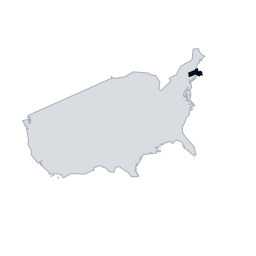 Massachusetts highlighted on a map of United States of America, rotated 336°
{"feature_id": "USA-3513", "entity_name": "Massachusetts", "entity_type": "State", "adm_level": 1, "iso_a3": "USA", "parent_name": "United States of America", "parent_adm1": "", "projection": "natural_earth1", "projection_center": [-70.926, 42.063], "detail": "fine", "context": "in_parent", "style": "filled", "palette": "ink", "viewbox_px": 256, "rotation_deg": 336, "n_neighbors": 0, "source": "natural_earth", "source_scale": "10m", "svg_char_len": 6153}
<svg xmlns="http://www.w3.org/2000/svg" viewBox="0 0 256 256"><g transform="rotate(336 128 128)"><path d="M201.2,93.0L214.2,91.8L219.7,82.4L224.5,84.1L224.6,89.9L227.4,93.7L222.4,95.1L222.2,96.2L221.4,94.8L220.1,97.1L216.3,98.7L213.6,104.5L215.7,107.0L217.2,106.7L216.8,105.6L217.3,106.1L217.4,107.4L213.2,108.2L212.4,106.8L212.0,108.6L207.1,109.1L203.4,111.4L203.8,110.1L203.5,109.2L202.4,112.3L203.5,112.9L203.0,115.6L200.5,119.0L198.0,116.9L199.6,114.7L197.8,116.2L198.4,118.6L199.5,120.0L199.6,121.5L196.4,127.1L197.4,123.6L195.1,120.3L196.8,116.8L194.3,117.8L195.0,123.0L192.8,121.4L191.9,121.6L192.7,120.0L192.7,119.5L191.9,120.7L191.8,121.8L195.3,123.8L194.5,124.8L192.9,123.0L192.4,122.6L194.3,124.8L195.1,125.2L194.6,126.5L193.5,125.5L195.2,127.5L194.8,127.8L194.0,126.8L191.8,126.3L194.4,128.2L196.2,128.1L197.7,132.9L196.3,129.2L196.7,131.6L193.5,131.1L195.8,133.5L196.9,132.8L195.4,134.9L192.4,134.2L194.2,135.3L192.6,136.4L194.5,137.2L191.0,137.7L189.1,141.1L185.8,142.1L179.5,148.4L178.7,147.7L176.2,153.5L175.9,154.9L176.8,159.3L180.8,172.5L179.1,179.4L176.8,179.8L174.7,176.1L174.3,173.0L171.2,169.4L172.3,167.8L170.8,167.9L171.6,163.3L167.9,158.8L162.0,159.8L161.1,157.2L155.4,156.9L156.1,155.9L155.1,156.9L152.4,157.4L152.5,155.4L152.0,156.8L144.1,157.2L147.4,158.2L146.1,160.1L148.6,161.9L147.3,162.9L144.5,160.5L144.3,162.4L140.4,161.6L138.3,159.2L137.0,160.4L131.3,158.5L127.9,161.1L128.8,160.4L127.0,159.7L125.9,163.0L122.3,165.1L123.2,164.4L120.9,164.1L121.6,165.2L118.9,166.6L117.6,170.2L116.5,169.6L117.4,170.6L117.4,173.9L118.4,175.9L117.6,176.6L111.3,174.0L110.2,169.2L104.1,159.6L100.6,159.0L97.0,162.8L93.1,160.3L91.6,155.9L86.6,150.7L80.3,150.6L80.1,152.6L69.9,152.6L57.4,146.5L48.7,147.3L47.9,144.0L44.6,140.8L37.4,138.3L37.7,136.0L32.9,125.4L33.2,124.3L34.3,125.6L33.9,123.3L36.7,123.1L31.4,123.4L28.6,113.5L30.5,108.3L30.0,102.4L32.2,98.6L35.0,87.8L37.6,88.0L34.8,87.5L36.2,84.6L35.2,84.6L34.7,78.5L40.9,79.6L39.0,82.8L41.6,80.5L40.8,83.2L39.1,83.8L40.2,83.9L41.6,82.8L42.6,80.1L41.8,75.9L133.5,75.9L133.7,74.3L135.2,77.0L145.3,79.9L155.8,78.9L169.5,86.4L170.0,88.3L174.6,91.5L175.7,99.2L171.9,105.3L173.4,107.4L186.2,102.5L185.8,99.6L186.9,99.1L193.9,98.9L201.2,93.0ZM208.5,110.4L210.6,110.0L203.3,111.9L209.4,109.6L208.5,110.4ZM41.7,78.5L42.2,80.2L42.1,80.5L41.2,79.2L41.7,78.5ZM118.3,175.3L117.6,172.4L117.8,170.7L117.8,172.5L118.3,175.3ZM223.0,95.3L222.9,96.2L222.6,96.0L223.0,95.3ZM138.4,160.0L138.5,160.7L137.9,160.1L138.4,160.0ZM40.0,141.0L40.9,140.6L40.9,140.8L40.0,141.0ZM39.1,140.8L38.7,141.2L38.4,140.8L39.1,140.8ZM215.1,108.3L214.5,108.9L214.4,108.7L215.1,108.3ZM118.4,169.2L117.8,170.5L119.1,168.0L118.4,169.2ZM179.6,168.1L180.4,170.7L179.5,167.9L179.6,168.1ZM44.1,143.2L44.4,143.9L44.1,143.2L44.1,143.2ZM179.4,179.8L178.7,180.6L179.9,178.9L179.4,179.8ZM198.0,134.5L197.1,135.5L197.8,133.1L198.0,134.5ZM41.1,77.1L41.0,77.6L40.7,77.4L41.1,77.1ZM121.6,165.7L120.3,166.3L121.7,165.5L121.6,165.7ZM217.1,108.6L217.0,109.2L216.4,109.0L217.1,108.6ZM43.9,145.1L44.1,146.0L43.7,145.2L43.9,145.1ZM120.0,166.8L119.5,167.2L120.0,166.6L120.0,166.8ZM199.3,122.6L198.4,123.9L199.4,122.1L199.3,122.6ZM127.5,161.7L126.6,162.2L127.8,161.3L127.5,161.7ZM176.3,154.2L176.1,155.2L176.0,154.5L176.3,154.2ZM194.7,137.4L194.5,137.6L195.3,136.8L194.7,137.4ZM164.2,159.6L163.2,160.2L162.8,160.0L164.2,159.6ZM152.1,157.2L151.9,157.4L151.3,157.4L152.1,157.2ZM173.2,173.1L173.4,173.8L173.1,172.9L173.2,173.1ZM149.5,158.7L149.3,159.4L149.3,158.2L149.5,158.7ZM177.2,181.6L176.6,181.7L177.4,181.4L177.2,181.6ZM202.9,116.0L202.4,116.7L203.0,115.7L202.9,116.0ZM196.5,135.7L196.2,136.0L196.5,135.7Z" fill="#d9dde1" stroke="#a8b0b8" stroke-width="1"/><path d="M213.1,107.4L213.3,107.0L213.4,106.8L213.2,107.1L212.8,107.0L212.7,107.0L212.7,106.9L212.6,106.6L212.6,106.4L212.4,105.9L211.0,105.9L208.4,105.8L208.2,105.8L207.7,105.8L207.4,105.8L205.2,105.7L206.0,102.7L206.6,102.7L206.9,102.7L207.2,102.7L212.7,102.9L212.8,102.9L213.0,102.7L213.2,102.4L213.3,102.4L213.5,102.4L213.7,102.2L214.0,102.1L214.3,102.2L214.4,102.3L214.2,102.4L214.3,102.4L214.4,102.5L214.5,102.5L214.4,102.6L214.5,102.8L214.4,102.7L214.4,102.8L214.5,102.9L214.7,103.0L214.8,103.1L215.0,102.9L215.0,103.0L215.1,103.3L214.9,103.3L214.4,103.5L214.2,103.6L214.1,103.8L214.2,103.7L214.3,103.7L214.3,103.8L214.1,103.9L214.0,104.0L213.9,104.1L213.9,104.4L213.7,104.3L213.8,104.4L213.7,104.4L213.7,104.5L213.8,104.6L213.9,104.8L214.0,104.9L214.1,104.7L214.3,104.7L214.3,104.8L214.5,104.8L214.7,105.0L214.8,105.1L214.9,105.3L215.0,105.5L215.2,105.9L215.0,105.7L214.9,105.9L215.0,106.1L215.3,106.1L215.4,106.4L215.4,106.5L215.5,106.9L215.7,107.0L215.8,107.1L216.3,107.1L216.2,107.1L216.3,107.2L216.6,107.0L217.0,106.9L217.2,106.7L217.1,106.4L217.3,106.3L217.2,106.3L217.1,106.2L217.0,106.4L216.9,106.0L216.9,105.9L216.7,105.7L216.6,105.8L216.4,105.7L216.5,105.6L216.8,105.6L217.0,105.8L217.2,106.0L217.3,106.2L217.4,106.6L217.5,106.7L217.4,106.7L217.3,106.8L217.5,107.1L217.4,107.4L216.7,107.4L216.5,107.5L216.4,107.5L216.2,107.5L215.9,107.6L215.7,107.5L215.6,107.8L215.4,107.9L215.2,107.9L214.9,108.0L214.9,107.9L215.0,107.8L215.0,107.5L215.0,107.4L214.9,107.3L215.0,107.3L215.0,107.2L214.9,107.2L214.7,107.1L214.8,107.3L214.7,107.3L214.5,107.5L214.5,107.4L214.4,107.5L214.2,107.7L214.0,107.8L213.9,108.0L213.7,108.1L213.6,107.9L213.5,108.0L213.4,107.9L213.4,108.0L213.3,107.7L213.3,107.4L213.1,107.4ZM215.2,108.4L215.3,108.5L215.5,108.7L215.4,108.7L214.9,108.7L214.8,108.8L214.7,108.8L214.5,109.0L214.4,108.9L214.5,108.8L214.6,108.7L214.8,108.5L214.8,108.4L215.1,108.2L215.1,108.3L215.3,108.2L215.3,108.3L215.2,108.4ZM217.0,108.6L217.2,108.8L217.3,109.0L217.2,109.3L217.1,109.2L216.9,109.2L216.7,109.2L216.3,109.0L216.3,108.9L216.4,109.0L216.7,109.0L216.8,109.0L217.0,109.0L217.1,108.9L217.1,108.7L217.0,108.6ZM214.5,108.2L214.8,108.0L214.6,108.2L214.6,108.3L214.3,108.4L214.5,108.2ZM215.5,108.6L215.6,108.4L215.7,108.5L215.5,108.6ZM217.3,107.5L217.2,107.9L217.3,107.6L217.3,107.5ZM214.2,108.4L214.3,108.3L214.2,108.5L213.9,108.5L214.0,108.5L214.0,108.4L214.2,108.4ZM214.4,109.2L214.5,109.2L214.4,109.2L214.4,109.2Z" fill="#0f172a" stroke="#020617" stroke-width="1.5"/></g></svg>